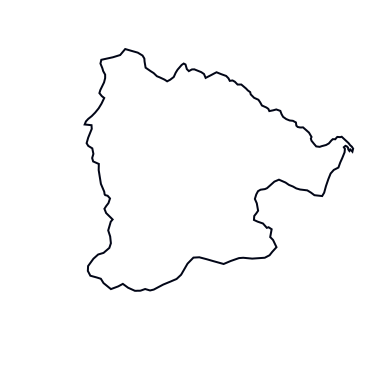 outline of Kota Marudu, Sabah, Malaysia, rotated 112°
{"feature_id": "92858781B52597028656426", "entity_name": "Kota Marudu", "entity_type": "district", "adm_level": 2, "iso_a3": "MYS", "parent_name": "Malaysia", "parent_adm1": "Sabah", "projection": "natural_earth1", "projection_center": [116.764, 6.454], "detail": "fine", "context": "isolated", "style": "outline", "palette": "ink", "viewbox_px": 384, "rotation_deg": 112, "n_neighbors": 0, "source": "geoboundaries", "source_scale": "gbopen_adm2", "svg_char_len": 2696}
<svg xmlns="http://www.w3.org/2000/svg" viewBox="0 0 384 384"><g transform="rotate(112 192 192)"><path d="M96.7,315.8L103.4,325.6L107.2,325.0L110.8,321.5L113.2,319.6L115.7,316.5L118.9,315.2L123.3,314.6L127.6,314.9L131.7,315.2L135.0,314.9L136.9,311.5L137.7,308.6L144.0,309.0L149.4,309.9L154.6,311.5L159.2,313.4L163.1,315.6L166.3,316.8L169.6,316.8L168.5,313.0L167.7,310.2L171.0,308.6L176.4,308.6L180.5,308.6L186.2,308.0L188.1,305.5L188.9,300.8L193.6,297.7L197.9,297.3L200.7,295.1L200.9,288.9L206.7,286.7L218.6,279.5L224.6,273.5L226.8,272.2L227.4,271.3L227.1,268.8L228.7,265.6L233.6,265.3L237.2,266.3L240.4,266.9L243.7,263.7L247.2,255.3L250.0,256.2L259.0,255.3L263.9,251.2L269.9,248.0L274.8,247.7L281.6,251.2L285.1,255.6L290.8,258.4L299.6,260.6L304.2,259.0L307.7,254.9L306.9,248.0L306.6,244.0L309.6,239.9L312.4,230.8L307.2,225.1L303.1,221.7L304.7,215.4L305.0,207.9L302.8,202.8L299.5,199.1L299.1,194.9L299.0,194.0L296.8,190.9L288.6,184.0L283.7,179.0L278.4,173.7L272.8,171.1L260.1,169.3L252.3,166.1L249.8,160.8L248.8,153.0L248.1,146.2L246.9,135.7L241.5,130.3L235.7,123.7L233.8,119.9L231.2,111.2L225.7,99.9L221.6,96.4L217.5,95.2L211.5,93.0L206.1,98.9L204.5,102.6L196.7,104.2L196.0,107.8L197.2,109.2L194.6,114.4L194.9,120.1L194.7,124.1L190.9,125.3L187.4,124.3L184.6,123.7L178.2,127.7L174.9,131.1L170.2,131.5L166.5,131.1L164.2,129.3L162.0,125.5L160.4,123.9L156.4,121.9L151.5,119.5L148.0,116.0L148.2,108.8L149.1,104.8L149.1,100.4L149.6,96.6L149.2,92.7L149.0,92.0L147.3,85.7L148.0,81.5L149.1,77.3L147.0,69.8L143.1,69.2L136.3,70.0L129.0,70.4L122.9,70.4L118.4,68.8L114.5,65.4L109.1,65.6L104.4,65.4L98.0,65.4L94.7,66.4L93.6,68.0L91.7,67.0L91.7,65.8L91.7,65.6L92.4,64.0L94.0,63.0L94.8,61.8L95.0,61.4L93.3,61.2L94.3,58.8L94.5,58.4L91.8,58.8L91.5,58.8L90.1,60.8L89.3,63.0L88.0,65.2L84.7,73.9L85.6,75.1L86.5,77.9L88.0,78.5L89.4,78.9L90.3,81.3L92.1,82.1L95.7,83.3L98.2,85.3L100.9,88.9L102.3,90.5L103.2,93.9L101.6,97.0L99.7,100.4L98.0,101.8L96.2,101.8L93.1,105.8L90.5,113.2L91.7,116.0L92.1,118.4L91.4,120.1L88.6,121.7L88.2,125.1L89.1,128.3L89.1,131.9L88.2,135.7L86.3,138.1L83.7,140.5L83.9,144.8L85.9,147.4L88.0,150.6L86.3,152.4L85.8,154.6L85.6,159.6L83.3,162.4L81.6,165.0L81.4,169.7L79.5,174.1L77.6,175.5L76.9,178.3L75.8,180.7L73.9,186.5L75.3,190.0L73.7,193.6L73.4,196.2L74.8,198.6L72.9,200.8L71.6,203.8L71.8,209.2L71.8,214.1L74.1,216.1L76.5,218.1L81.1,222.1L78.1,225.1L77.4,228.3L77.4,235.8L78.4,238.0L81.1,240.2L80.0,242.8L76.2,245.8L76.0,247.8L78.1,249.2L84.0,251.2L87.5,251.8L92.2,252.0L96.1,254.3L98.7,256.5L98.1,259.5L97.8,264.9L97.8,267.9L96.1,272.1L95.5,275.4L94.1,281.6L88.9,284.8L86.1,286.2L84.0,289.0L83.1,294.5L84.5,307.5L91.9,309.9L96.7,315.8Z" fill="none" stroke="#020617" stroke-width="2"/></g></svg>